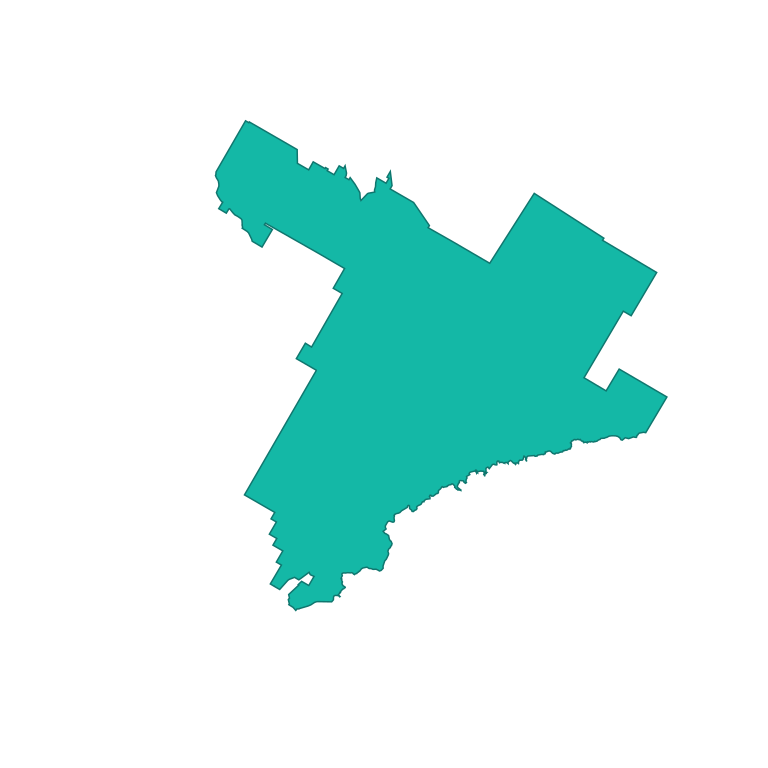 Mundaring, Western Australia, Australia, rotated 300°
{"feature_id": "25037944B64529810539086", "entity_name": "Mundaring", "entity_type": "district", "adm_level": 2, "iso_a3": "AUS", "parent_name": "Australia", "parent_adm1": "Western Australia", "projection": "mercator", "projection_center": [116.171, -31.885], "detail": "fine", "context": "isolated", "style": "filled", "palette": "teal", "viewbox_px": 768, "rotation_deg": 300, "n_neighbors": 0, "source": "geoboundaries", "source_scale": "gbopen_adm2", "svg_char_len": 6171}
<svg xmlns="http://www.w3.org/2000/svg" viewBox="0 0 768 768"><g transform="rotate(300 384 384)"><path d="M472.7,635.0L514.2,635.5L514.5,580.2L489.1,579.8L489.4,554.1L566.7,554.8L566.7,563.9L616.9,564.4L617.7,501.4L620.2,501.5L624.2,418.8L541.4,415.2L541.6,371.3L541.4,344.0L543.9,344.1L556.0,318.9L556.0,291.8L559.8,291.8L571.2,283.2L564.6,283.2L564.6,285.4L558.9,285.4L558.9,274.7L554.2,276.2L550.6,278.0L547.2,278.8L545.6,280.0L541.3,275.0L540.5,274.5L531.4,272.3L532.7,270.7L537.5,267.5L538.5,266.0L542.5,259.0L545.8,251.5L543.4,251.5L543.4,247.1L545.6,247.0L547.9,246.1L553.5,241.2L550.5,241.2L550.5,236.1L540.3,236.1L540.3,228.1L542.2,228.1L542.2,225.2L541.1,225.2L541.0,211.6L531.8,211.7L531.8,198.7L543.6,191.6L543.6,136.3L542.7,136.3L542.7,132.5L483.7,132.5L481.3,133.7L480.3,133.8L478.8,135.7L477.0,139.0L474.6,141.0L472.7,142.1L465.9,143.2L463.9,145.8L461.7,150.0L460.8,152.2L460.8,153.4L453.2,153.2L453.1,162.0L458.0,162.1L458.6,162.7L456.8,167.3L455.9,170.2L456.0,173.2L455.7,177.5L454.9,179.1L450.9,181.7L450.7,181.6L448.9,183.3L448.0,183.3L447.7,189.3L447.1,191.3L443.2,197.0L441.7,198.5L441.6,209.9L462.0,210.1L462.1,200.8L464.0,200.9L464.4,261.7L464.3,292.1L441.5,292.2L441.5,302.5L379.8,302.8L380.0,295.5L362.1,295.4L362.1,318.3L361.7,318.6L218.2,318.6L218.2,353.6L210.7,353.6L210.7,359.8L196.6,359.8L196.6,368.4L188.9,368.4L188.9,379.8L175.9,379.8L175.9,385.7L154.0,385.5L153.9,390.0L154.1,390.2L153.9,390.4L153.9,396.4L165.9,398.9L167.4,399.6L171.8,403.2L171.8,408.2L183.5,413.3L182.2,415.1L182.0,415.8L182.4,419.6L171.9,419.6L171.9,411.3L167.3,410.0L167.1,410.7L154.0,406.7L151.3,409.2L149.5,408.9L146.3,411.9L145.3,411.9L145.1,417.0L143.8,420.8L145.7,421.1L146.8,422.9L147.1,422.9L153.7,429.2L156.2,431.1L160.2,433.1L161.6,434.3L162.4,435.4L169.2,447.6L171.8,448.1L174.3,446.8L175.5,446.7L176.5,447.4L177.6,449.5L178.0,451.0L177.5,451.9L177.9,452.2L178.7,449.8L181.5,450.5L181.5,450.0L185.8,450.8L186.4,451.5L187.2,451.6L188.3,452.2L188.7,451.9L188.9,449.3L189.8,447.7L190.6,447.3L190.7,447.0L191.8,447.0L192.8,445.5L194.0,445.0L193.9,444.2L194.6,444.2L195.3,443.8L197.1,443.8L198.2,442.6L199.0,442.5L200.2,443.4L201.0,445.1L202.4,446.8L203.8,449.6L204.5,450.4L204.6,451.5L204.2,452.6L204.2,453.8L205.2,454.0L206.3,455.2L207.2,455.2L208.5,456.0L209.4,456.1L209.7,456.5L212.7,456.9L214.2,457.8L216.7,460.6L216.9,461.0L216.8,463.4L217.7,465.2L218.0,467.2L219.6,469.7L219.8,471.3L219.8,473.6L221.1,474.7L223.9,475.4L225.9,474.2L231.1,473.1L233.5,473.6L238.2,473.2L239.4,472.8L241.2,470.9L243.7,470.6L245.5,471.3L246.7,470.9L247.7,471.3L249.8,470.8L251.4,468.7L251.2,468.3L252.2,466.3L255.1,463.7L255.3,461.0L255.1,459.4L256.0,456.9L259.4,458.3L259.8,458.0L260.2,457.1L261.8,456.1L266.5,456.1L268.0,457.0L268.6,460.3L269.1,461.2L269.7,461.6L270.8,461.4L273.2,459.5L275.0,459.0L275.1,458.5L276.2,458.4L277.8,459.4L279.5,461.2L280.6,462.0L283.0,462.6L288.7,465.8L290.5,465.5L291.0,465.8L291.3,466.2L291.2,466.9L289.1,468.4L288.7,469.4L288.7,470.6L287.7,472.0L288.2,473.2L288.6,473.4L289.8,473.7L291.1,474.7L292.1,474.9L292.7,474.8L293.8,473.8L294.5,473.8L296.1,474.6L297.3,475.6L298.4,476.2L301.2,476.2L302.0,477.5L303.3,477.2L305.2,478.1L307.6,481.2L309.1,480.3L309.4,479.5L310.7,479.5L311.1,480.3L310.7,481.3L311.5,482.7L315.6,484.4L315.9,485.1L316.4,485.4L317.8,485.2L318.3,484.6L319.1,484.5L321.2,485.3L324.2,485.7L324.2,487.2L324.9,487.7L326.6,489.8L327.5,490.1L327.6,489.9L329.2,490.9L330.3,492.3L331.1,492.4L331.8,493.5L331.2,495.8L330.6,496.6L329.8,496.9L329.6,498.4L329.2,499.2L329.4,500.8L328.6,501.1L329.7,501.2L330.2,503.8L330.7,503.4L330.2,502.6L330.3,502.4L330.6,502.8L330.8,502.4L331.2,499.7L331.9,498.8L332.5,498.5L335.5,498.2L336.2,498.6L337.6,497.7L338.4,498.1L339.8,501.2L339.6,501.8L339.0,502.2L338.7,504.1L339.6,504.6L340.0,504.6L340.0,504.0L342.4,502.9L344.1,502.9L345.0,501.8L345.6,501.9L348.4,503.6L349.0,502.5L350.1,502.5L350.8,502.8L354.3,506.4L355.1,506.3L355.4,506.6L355.5,507.3L355.2,507.9L353.9,507.3L353.8,508.1L353.1,508.8L353.8,508.8L353.8,509.4L354.2,509.0L355.4,509.5L356.9,511.2L358.2,514.0L357.4,514.9L357.7,515.8L356.7,515.4L355.5,515.6L355.4,516.3L354.4,517.4L356.7,516.4L357.6,517.3L358.5,517.1L358.9,517.3L358.7,515.8L359.8,515.8L361.7,514.5L362.5,514.6L363.8,515.3L364.0,515.7L363.3,517.5L368.5,518.2L369.6,519.4L369.5,520.5L370.3,522.1L371.1,521.9L371.6,521.3L373.0,520.8L373.8,520.8L374.3,521.2L374.6,522.1L374.1,522.4L373.5,523.4L374.3,523.9L375.4,525.9L375.3,526.9L374.7,527.0L375.5,527.1L375.8,527.5L375.7,528.3L376.3,528.1L377.2,529.0L377.3,530.3L377.1,531.3L378.4,530.5L380.9,531.6L381.0,532.9L380.3,535.4L380.7,536.6L380.4,536.6L380.5,537.0L380.2,537.8L380.8,537.6L380.8,538.0L381.4,537.7L381.9,538.3L382.5,539.4L382.4,540.2L382.9,540.0L382.9,539.4L385.7,539.5L387.3,541.9L388.2,542.1L391.5,541.3L391.6,541.7L391.3,542.0L391.2,543.1L390.3,544.1L389.5,544.2L388.7,545.5L388.4,546.4L389.7,544.7L390.6,544.8L392.5,544.2L393.7,544.8L397.2,550.0L396.9,550.9L397.5,551.9L398.1,552.1L398.3,552.7L399.4,552.8L401.9,555.8L402.7,557.6L403.3,557.6L404.0,558.4L404.9,558.3L405.2,557.9L405.8,557.7L406.2,558.5L407.9,559.7L408.7,560.7L409.0,562.0L408.3,564.7L408.6,566.7L408.9,567.1L409.4,567.0L410.5,567.9L411.1,569.3L413.1,570.7L414.4,572.5L415.0,572.7L416.0,572.6L416.6,573.8L417.5,574.1L417.6,574.8L418.8,575.9L419.9,576.2L420.5,577.4L421.0,577.8L421.5,577.7L421.4,577.4L421.6,577.3L423.6,577.6L424.3,577.0L425.2,576.7L425.6,576.1L426.1,576.0L426.2,574.9L426.5,574.8L427.7,575.3L428.5,575.0L429.2,575.8L430.1,576.0L431.1,576.5L431.2,577.5L431.6,577.6L431.9,578.5L433.1,579.5L433.1,580.2L433.4,580.5L433.5,581.4L434.1,581.7L433.4,583.5L433.9,585.0L433.5,585.2L433.6,585.8L433.1,586.4L433.9,587.0L434.5,587.8L434.6,589.0L434.9,588.7L435.2,588.9L435.7,589.3L435.7,589.9L437.0,591.0L436.9,591.6L437.8,592.3L438.5,594.4L439.0,594.9L439.5,594.9L439.6,595.6L441.1,597.1L442.8,597.7L443.9,598.8L445.3,599.0L447.3,602.0L448.6,602.9L449.1,603.6L451.4,605.0L453.1,607.2L454.9,610.5L455.5,612.7L455.3,615.1L454.2,617.0L454.5,618.4L458.1,619.8L459.0,623.2L462.8,626.4L463.8,629.1L464.5,629.3L465.8,628.8L467.1,629.3L467.8,629.2L469.1,629.6L472.0,633.0L472.7,635.0Z" fill="#14b8a6" stroke="#0f766e" stroke-width="1.5"/></g></svg>